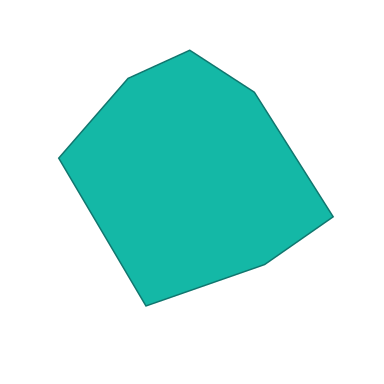 Kuvasay city, Ferghana, Uzbekistan (Mercator projection), rotated 221°
{"feature_id": "79887680B20364300518134", "entity_name": "Kuvasay city", "entity_type": "district", "adm_level": 2, "iso_a3": "UZB", "parent_name": "Uzbekistan", "parent_adm1": "Ferghana", "projection": "mercator", "projection_center": [71.944, 40.33], "detail": "fine", "context": "isolated", "style": "filled", "palette": "teal", "viewbox_px": 384, "rotation_deg": 221, "n_neighbors": 0, "source": "geoboundaries", "source_scale": "gbopen_adm2", "svg_char_len": 264}
<svg xmlns="http://www.w3.org/2000/svg" viewBox="0 0 384 384"><g transform="rotate(221 192 192)"><path d="M286.7,297.5L314.8,235.8L314.8,130.1L152.0,75.8L89.6,184.9L69.2,265.9L210.4,308.2L286.7,297.5Z" fill="#14b8a6" stroke="#0f766e" stroke-width="1.5"/></g></svg>